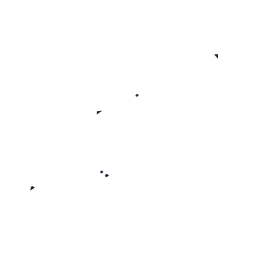 Kaafu, Natural Earth projection, rotated 58°
{"feature_id": "MDV-5230", "entity_name": "Kaafu", "entity_type": "Atoll", "adm_level": 1, "iso_a3": "MDV", "parent_name": "Maldives", "parent_adm1": "", "projection": "natural_earth1", "projection_center": [73.522, 4.408], "detail": "coarse", "context": "isolated", "style": "filled", "palette": "slate", "viewbox_px": 256, "rotation_deg": 58, "n_neighbors": 0, "source": "natural_earth", "source_scale": "10m", "svg_char_len": 751}
<svg xmlns="http://www.w3.org/2000/svg" viewBox="0 0 256 256"><g transform="rotate(58 128 128)"><path d="M128.5,239.7L128.5,242.3L127.7,241.5L127.2,241.0L127.2,240.4L127.8,240.1L128.5,239.7ZM114.9,14.6L112.5,15.0L113.0,13.8L113.5,13.7L114.1,14.1L114.9,14.6ZM157.6,170.4L157.6,170.5L157.4,171.1L157.5,171.7L157.5,171.8L157.4,172.1L157.1,172.1L156.6,172.0L156.2,171.0L156.5,170.7L157.0,170.7L157.6,170.4ZM99.1,143.5L99.2,145.9L98.4,145.4L98.4,144.9L98.7,144.3L99.1,143.5ZM105.4,101.8L105.4,102.6L105.5,103.1L105.5,103.5L105.0,103.8L104.6,103.2L104.7,102.8L105.1,102.4L105.4,101.8ZM151.6,172.4L151.6,173.1L151.8,173.7L151.7,174.1L151.2,174.3L150.8,173.7L150.9,173.3L151.3,173.0L151.6,172.4Z" fill="#64748b" stroke="#1e293b" stroke-width="1.5"/></g></svg>